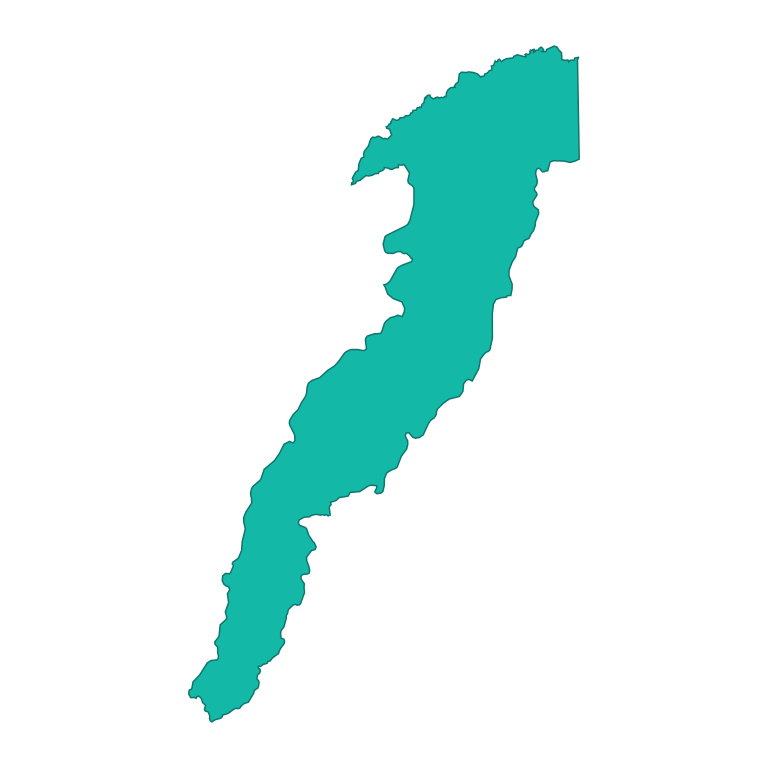 São Paulo de Olivença, Amazonas, Brazil
{"feature_id": "56859067B25364634126216", "entity_name": "São Paulo de Olivença", "entity_type": "district", "adm_level": 2, "iso_a3": "BRA", "parent_name": "Brazil", "parent_adm1": "Amazonas", "projection": "orthographic", "projection_center": [-69.469, -4.737], "detail": "fine", "context": "isolated", "style": "filled", "palette": "teal", "viewbox_px": 768, "rotation_deg": 0, "n_neighbors": 0, "source": "geoboundaries", "source_scale": "gbopen_adm2", "svg_char_len": 6038}
<svg xmlns="http://www.w3.org/2000/svg" viewBox="0 0 768 768"><path d="M577.5,59.5L578.6,57.9L578.3,57.3L574.7,58.1L574.2,60.1L570.4,60.2L568.6,61.9L568.0,60.0L564.9,60.3L561.9,59.7L561.5,52.7L558.4,49.6L557.2,47.2L555.0,46.3L554.1,46.1L546.6,49.5L546.4,51.0L545.0,51.8L541.9,51.5L543.6,50.5L543.6,49.6L541.5,47.3L540.6,47.3L538.9,48.8L538.7,50.0L536.1,50.3L534.0,52.5L533.4,52.0L534.5,50.0L534.1,49.3L532.7,49.7L532.7,50.4L530.3,50.1L529.8,51.8L530.7,53.1L528.2,54.5L525.8,53.9L525.0,54.5L526.1,56.4L525.4,56.9L517.2,54.8L513.8,56.4L513.0,57.9L506.5,58.7L503.0,60.3L501.9,61.5L500.6,60.8L499.6,59.3L498.3,59.6L497.5,61.5L496.7,61.9L495.3,60.9L493.6,65.3L491.4,66.1L492.0,69.0L491.5,70.0L489.4,70.7L487.3,73.1L485.0,73.9L484.0,76.1L481.2,76.5L480.8,77.1L477.5,73.9L473.4,72.5L468.5,71.9L466.5,72.5L461.4,72.2L459.3,74.0L458.2,82.3L456.1,83.5L454.5,86.0L454.3,86.7L454.9,87.3L450.9,87.6L448.3,89.5L446.6,92.5L445.9,96.7L444.9,96.4L443.0,97.8L441.5,97.3L439.4,97.9L437.4,97.1L435.8,97.6L435.5,98.5L434.5,98.2L433.4,98.9L430.2,96.8L430.1,95.2L428.0,95.2L427.1,95.7L425.9,98.0L425.4,97.3L424.7,98.2L423.9,102.8L422.0,104.4L421.1,107.5L419.8,107.0L419.2,107.7L417.4,107.6L416.1,110.1L413.0,110.4L412.3,112.5L410.7,113.2L410.2,114.7L408.4,115.7L405.5,115.7L403.7,117.6L400.1,117.7L398.9,119.6L397.4,120.3L395.6,120.1L392.7,118.7L390.8,122.1L390.7,123.7L389.2,124.1L387.9,126.2L386.2,126.8L386.7,128.2L389.6,129.3L391.6,135.2L387.3,139.2L384.8,138.3L383.3,138.9L379.1,136.3L377.3,136.4L375.2,137.6L372.6,137.1L370.7,139.0L368.5,145.9L364.2,151.5L363.6,153.9L364.0,156.9L361.2,158.3L360.3,160.4L358.9,164.0L358.3,170.0L355.5,172.4L353.0,177.0L352.3,178.7L353.3,180.4L353.3,182.0L351.7,182.7L351.5,184.8L355.5,183.4L356.6,181.2L360.0,180.4L365.7,175.7L369.5,175.9L373.1,174.9L374.6,173.8L378.3,173.5L379.3,171.7L382.5,170.5L384.0,169.2L384.4,167.5L388.7,168.3L390.4,169.4L392.1,169.3L395.6,167.7L398.4,167.6L398.5,164.8L402.2,165.2L404.0,164.3L409.5,173.1L407.9,180.1L408.3,182.8L413.1,186.4L414.0,188.9L413.9,204.6L410.0,219.9L408.7,222.7L407.6,224.5L405.3,226.1L386.7,235.3L385.0,236.8L383.1,244.2L384.7,250.7L385.8,252.3L387.5,253.2L393.5,253.4L396.2,252.0L400.3,251.4L403.5,253.6L406.5,253.4L409.6,256.0L411.0,258.2L412.4,258.8L412.2,260.6L411.2,261.8L403.0,264.8L398.4,267.2L397.1,268.5L389.8,281.4L386.9,283.9L383.8,284.9L385.0,286.6L387.7,294.0L393.2,298.6L401.9,301.9L404.6,308.0L404.4,311.2L402.3,316.5L397.5,315.2L396.2,316.1L390.3,317.7L386.0,321.2L384.4,323.4L382.2,330.5L380.7,333.4L374.0,333.9L367.4,336.0L365.7,338.3L365.4,339.9L366.5,348.8L364.7,350.3L363.0,350.6L358.2,349.6L351.9,349.5L349.3,350.1L346.1,351.8L344.5,353.1L338.8,361.2L334.5,366.0L327.8,370.3L319.8,377.6L311.8,380.5L308.4,383.2L307.2,387.0L306.4,393.9L305.2,397.0L301.6,402.3L298.1,409.6L293.2,414.5L289.7,420.4L289.3,423.0L289.9,425.4L294.5,434.5L295.0,440.7L293.0,443.0L289.5,441.4L284.1,444.2L279.4,453.5L274.5,460.6L264.2,469.3L261.0,478.8L259.9,480.4L253.0,486.3L251.6,488.5L250.5,493.5L251.5,498.2L251.7,503.1L246.1,511.7L243.7,517.4L243.8,522.0L245.3,529.0L242.2,541.7L241.6,550.3L238.8,557.3L237.4,559.0L233.2,561.8L232.2,563.8L233.5,565.5L230.7,572.4L229.6,573.8L225.5,573.4L222.6,575.9L222.3,580.9L223.8,584.1L225.8,585.8L228.7,587.0L229.7,589.7L227.4,593.8L228.6,602.5L225.3,611.9L226.7,616.8L226.3,619.3L220.2,624.8L219.1,635.6L218.3,637.5L214.8,641.8L214.9,644.0L217.7,647.4L217.6,652.2L218.5,656.0L218.2,658.4L216.9,659.9L211.0,660.5L207.3,662.9L199.7,674.9L193.0,682.0L192.0,687.8L191.2,689.4L189.4,689.9L188.9,691.6L188.8,694.2L190.8,697.7L194.6,697.5L196.1,698.3L196.8,696.8L198.7,696.1L200.2,697.2L201.5,698.9L202.6,702.6L205.6,705.4L204.4,709.2L205.3,711.1L207.1,711.4L208.6,712.6L209.8,716.3L209.5,718.4L210.3,721.0L211.9,721.9L215.0,719.8L220.7,718.2L222.1,717.0L222.6,715.1L228.1,713.4L235.0,708.4L238.4,708.6L240.1,707.9L241.2,706.0L244.0,703.6L248.3,702.2L253.7,693.3L254.1,691.2L255.3,689.6L257.6,688.3L258.4,686.8L259.1,682.7L258.6,680.6L257.3,679.5L256.9,677.7L257.8,674.5L259.7,673.2L260.3,670.7L259.9,669.1L258.4,668.2L258.3,666.3L260.3,666.5L263.4,664.4L267.1,663.3L268.0,661.4L270.0,661.0L272.6,657.8L278.4,653.6L280.2,649.0L284.3,643.3L284.6,641.5L283.8,639.1L281.1,638.2L280.6,633.9L281.0,630.8L283.9,627.0L286.2,618.7L286.3,615.7L287.6,613.2L288.1,610.4L289.2,608.7L293.2,605.0L295.2,604.3L296.9,605.2L299.5,604.8L300.6,603.5L304.5,592.6L304.0,587.0L304.4,584.0L301.1,579.0L301.0,576.5L301.9,575.0L304.2,574.1L306.5,574.2L309.0,573.4L309.7,570.6L308.9,566.6L306.7,560.7L306.6,557.1L311.5,550.6L315.2,549.5L316.1,546.8L314.3,542.8L312.6,541.1L308.8,535.3L306.6,528.9L305.1,527.4L299.9,525.5L298.4,523.4L299.0,520.1L304.0,517.2L309.4,516.8L311.7,515.3L315.9,514.3L320.7,515.2L322.2,514.6L324.7,515.3L326.5,514.6L328.1,515.9L330.2,515.1L329.3,507.6L329.8,506.0L331.1,504.8L330.5,502.3L336.2,500.5L339.1,497.6L348.1,496.1L350.1,492.4L359.7,491.6L368.4,485.9L370.9,485.1L376.7,485.8L376.8,487.6L374.8,491.9L376.8,493.7L380.9,493.1L382.9,491.4L384.3,485.3L384.4,478.7L386.8,472.8L390.9,470.2L395.6,468.4L397.2,467.0L401.4,456.1L406.7,448.9L407.8,444.2L407.6,440.6L405.2,436.1L406.2,433.0L408.9,432.7L412.7,437.1L415.3,438.2L419.5,437.4L423.2,434.9L428.3,423.7L430.6,420.3L434.0,418.0L436.1,414.8L436.7,410.8L437.7,408.7L443.3,403.3L449.0,399.1L459.5,396.4L462.9,391.4L463.6,383.8L466.4,380.1L468.9,379.4L472.2,381.0L478.8,368.6L480.5,358.9L484.4,353.8L486.5,352.0L488.2,351.5L489.9,349.8L492.4,338.2L492.3,314.0L493.4,304.3L495.9,299.5L501.0,297.7L506.6,297.1L507.3,295.6L510.8,295.5L512.0,289.6L512.2,284.3L508.9,275.5L509.1,270.2L512.3,261.7L515.5,256.9L517.7,248.2L521.0,246.7L522.1,245.5L524.2,240.5L529.0,238.4L531.2,233.6L533.4,230.8L535.3,225.4L535.4,221.9L538.7,213.5L538.3,209.8L533.9,206.4L532.8,203.0L533.1,201.1L537.0,195.0L536.6,192.9L534.5,190.2L534.5,188.0L536.7,184.7L537.4,181.5L535.6,173.7L536.1,170.2L537.5,168.4L539.6,168.4L542.1,171.6L544.0,171.9L545.6,170.9L547.7,170.8L550.1,162.0L553.3,160.7L564.2,161.1L570.0,162.4L574.8,161.2L579.2,159.1L577.5,59.5Z" fill="#14b8a6" stroke="#0f766e" stroke-width="1.5"/></svg>